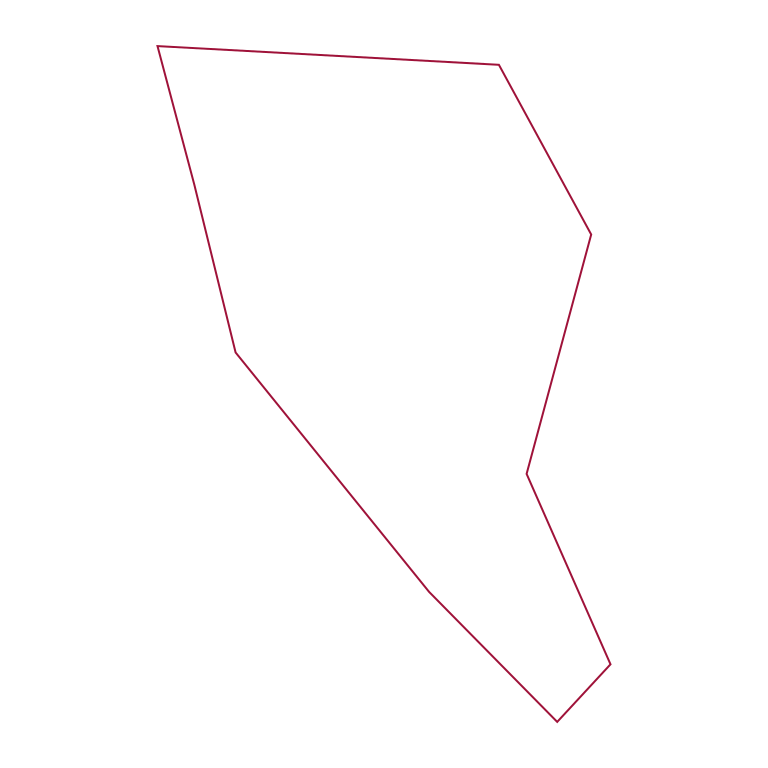 the state/province of Kwun Tong
{"feature_id": "HKG-5161", "entity_name": "Kwun Tong", "entity_type": "state/province", "adm_level": 1, "iso_a3": "HKG", "parent_name": "Hong Kong S.A.R.", "parent_adm1": "", "projection": "mercator", "projection_center": [114.229, 22.308], "detail": "fine", "context": "isolated", "style": "outline", "palette": "rose", "viewbox_px": 768, "rotation_deg": 0, "n_neighbors": 0, "source": "natural_earth", "source_scale": "10m", "svg_char_len": 245}
<svg xmlns="http://www.w3.org/2000/svg" viewBox="0 0 768 768"><path d="M610.5,664.3L557.2,721.9L429.1,591.9L235.6,352.5L194.3,184.6L157.5,46.1L498.9,64.8L591.2,234.5L526.6,473.9L610.5,664.3Z" fill="none" stroke="#9f1239" stroke-width="2"/></svg>